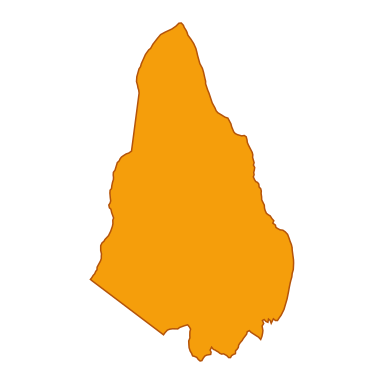 Santa Cruz do Arari, Pará, Brazil (Equal Earth projection)
{"feature_id": "56859067B39601513417759", "entity_name": "Santa Cruz do Arari", "entity_type": "district", "adm_level": 2, "iso_a3": "BRA", "parent_name": "Brazil", "parent_adm1": "Pará", "projection": "equal_earth", "projection_center": [-49.293, -0.555], "detail": "fine", "context": "isolated", "style": "filled", "palette": "amber", "viewbox_px": 384, "rotation_deg": 0, "n_neighbors": 0, "source": "geoboundaries", "source_scale": "gbopen_adm2", "svg_char_len": 2940}
<svg xmlns="http://www.w3.org/2000/svg" viewBox="0 0 384 384"><path d="M92.1,280.8L163.5,334.8L165.0,332.7L167.4,330.1L169.7,329.2L172.6,328.8L177.8,328.9L179.6,327.5L183.9,325.9L187.6,324.8L189.3,326.8L190.6,329.1L189.9,331.7L189.8,335.4L189.9,337.9L188.7,341.0L188.9,344.9L189.1,347.7L190.2,351.1L191.5,353.2L192.6,355.9L194.5,356.4L196.8,357.4L198.3,359.5L200.1,361.0L201.9,360.6L203.1,358.4L204.8,356.1L206.7,355.1L210.7,354.4L211.1,352.1L210.1,350.1L211.6,347.2L213.4,349.4L215.2,350.1L216.7,351.1L218.3,352.0L220.0,353.4L221.7,354.1L223.5,353.8L225.2,354.7L226.8,355.6L228.7,357.6L230.5,357.6L231.6,355.6L233.5,354.4L235.4,353.7L235.6,350.7L237.0,349.4L238.3,347.5L238.7,345.0L240.2,342.7L242.2,340.4L243.3,338.5L246.6,334.2L247.2,331.8L249.3,330.6L251.0,332.3L252.7,333.4L256.7,336.0L258.5,337.1L260.7,339.5L261.9,336.5L262.6,333.2L262.9,330.5L262.1,326.0L263.7,323.5L262.4,320.5L264.1,319.5L266.0,321.5L267.9,322.3L268.5,319.1L270.2,320.5L271.2,323.3L272.3,321.0L273.4,318.8L275.4,320.5L277.5,320.5L279.1,318.0L281.1,315.2L284.0,309.4L287.1,298.8L288.4,292.3L289.3,287.3L290.2,282.9L290.9,280.1L291.8,277.0L292.2,273.4L293.3,269.5L293.6,263.1L293.5,259.9L292.2,250.0L292.1,247.6L291.4,244.6L289.9,240.8L289.1,238.3L287.6,234.4L285.3,231.9L282.9,230.2L280.0,229.8L277.6,228.5L275.9,227.4L275.4,225.1L272.8,223.1L273.8,220.7L272.0,218.7L270.2,215.9L268.3,214.8L266.4,213.3L265.1,210.4L264.5,208.1L264.3,205.1L263.2,202.9L261.7,199.8L261.6,196.8L261.1,193.3L261.3,191.1L260.7,188.7L259.1,187.0L258.8,184.1L257.5,182.4L255.8,181.6L254.6,179.8L253.3,176.9L254.1,174.8L253.7,172.4L254.3,170.1L254.7,167.5L253.4,165.1L254.1,162.7L252.6,157.4L252.8,154.8L252.2,152.4L248.3,144.8L247.3,142.4L247.0,139.8L246.2,136.8L244.3,135.5L241.7,135.9L237.3,134.6L235.2,133.5L233.7,131.8L231.6,126.6L230.9,123.8L227.9,118.1L225.1,117.2L223.0,115.9L217.8,112.7L216.1,110.7L215.1,108.2L212.2,102.9L209.0,93.2L207.7,90.1L206.6,86.8L205.6,83.8L205.6,81.2L204.9,78.4L203.5,72.1L202.4,68.4L199.8,63.5L197.6,55.5L196.9,52.4L195.9,48.5L193.7,43.6L190.9,39.2L187.9,35.2L187.0,32.3L186.1,30.4L184.2,27.4L183.4,25.3L181.3,23.0L178.9,23.2L175.9,26.2L171.9,29.0L165.0,32.2L160.6,34.6L157.5,38.3L153.0,44.1L150.6,48.4L148.7,49.9L145.5,54.4L141.3,63.8L140.5,66.7L139.0,68.9L136.8,76.8L136.5,81.6L137.5,85.1L138.0,87.9L138.7,90.0L139.1,93.1L131.5,151.1L128.7,153.1L126.2,153.9L123.5,155.6L121.4,157.1L120.1,158.8L119.2,160.8L117.3,162.6L115.0,170.2L113.4,172.3L113.2,175.0L113.5,177.3L113.4,179.6L112.5,182.4L111.8,185.8L111.5,188.6L110.1,190.2L109.9,193.1L110.3,197.8L110.7,200.9L110.0,203.2L108.8,205.0L109.4,207.8L110.9,209.2L111.7,212.7L113.6,218.0L112.8,220.1L112.9,223.7L112.4,226.3L110.7,231.2L108.5,235.7L105.0,239.4L103.9,241.3L102.1,242.8L100.7,245.6L100.7,250.5L101.5,253.9L101.3,256.2L101.3,258.5L100.5,260.9L97.1,267.2L97.0,269.8L95.7,271.4L94.7,273.8L93.2,275.4L91.8,277.7L90.4,279.4L92.1,280.8Z" fill="#f59e0b" stroke="#b45309" stroke-width="1.5"/></svg>